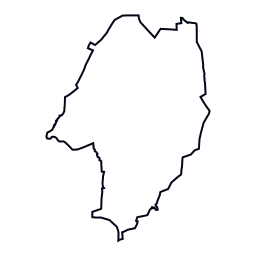 outline of Talata Mafara, Zamfara, Nigeria, rotated 180°
{"feature_id": "59680162B53803782710688", "entity_name": "Talata Mafara", "entity_type": "district", "adm_level": 2, "iso_a3": "NGA", "parent_name": "Nigeria", "parent_adm1": "Zamfara", "projection": "mercator", "projection_center": [6.093, 12.397], "detail": "fine", "context": "isolated", "style": "outline", "palette": "ink", "viewbox_px": 256, "rotation_deg": 180, "n_neighbors": 0, "source": "geoboundaries", "source_scale": "gbopen_adm2", "svg_char_len": 3683}
<svg xmlns="http://www.w3.org/2000/svg" viewBox="0 0 256 256"><g transform="rotate(180 128 128)"><path d="M50.4,162.0L51.0,173.0L51.4,175.2L51.5,177.6L51.8,180.2L51.5,182.4L51.9,183.9L52.3,185.7L52.9,188.5L52.8,190.7L54.3,204.5L59.2,214.0L59.3,229.8L59.7,232.4L61.2,232.9L62.9,233.0L67.6,233.7L67.7,233.4L68.1,233.0L68.4,233.2L68.9,233.6L69.3,233.9L69.6,234.1L70.1,234.6L70.7,235.0L71.1,235.2L71.2,235.3L71.3,235.4L71.4,235.6L71.6,235.7L71.8,235.9L72.0,236.1L72.3,236.3L72.5,236.4L72.5,236.5L72.7,236.8L73.0,237.1L73.2,237.7L73.3,237.8L73.5,237.9L73.6,238.0L74.4,238.1L74.7,238.2L75.1,238.2L74.7,232.8L76.4,232.6L77.6,232.4L79.5,232.1L79.3,226.2L88.6,226.8L93.3,227.0L95.3,227.2L95.6,226.8L96.1,226.2L97.5,224.0L101.3,218.4L107.7,225.2L115.5,233.7L117.1,237.4L117.4,240.6L129.7,240.6L133.5,240.4L141.3,236.1L143.7,232.6L147.6,226.2L149.3,223.0L150.8,221.2L152.9,218.7L154.2,216.9L157.4,214.0L160.9,211.0L165.5,213.5L167.1,210.7L168.1,207.8L163.0,205.6L165.2,201.4L167.8,196.0L170.1,191.6L172.3,185.6L174.5,181.1L176.8,176.5L178.4,173.4L179.9,171.2L178.3,168.0L180.2,166.4L181.8,165.1L183.9,163.5L187.1,161.0L191.0,158.9L191.1,154.2L191.4,149.5L191.6,147.8L191.6,146.1L191.7,145.0L192.5,143.1L193.0,142.1L193.3,141.8L193.5,141.5L193.8,141.4L194.2,141.2L194.4,140.7L195.0,140.4L195.4,140.4L195.8,140.5L196.0,140.5L196.4,140.5L196.6,140.2L196.4,139.9L196.2,140.0L196.1,139.9L197.4,138.0L197.7,137.6L198.3,137.5L198.5,137.2L198.7,136.9L198.8,136.6L198.8,136.2L198.9,135.8L198.9,135.5L199.1,135.5L200.0,135.3L200.1,134.9L199.9,134.7L199.8,134.3L199.8,133.8L200.0,133.3L200.4,132.8L200.6,132.2L201.0,132.0L201.1,131.8L201.1,131.6L200.8,131.3L200.9,131.1L201.3,130.9L201.7,131.0L202.0,130.7L202.2,130.3L202.1,130.1L201.8,129.8L202.0,129.2L203.0,128.1L203.5,126.4L205.9,124.8L208.7,123.4L209.1,121.8L209.6,119.5L208.9,117.5L207.3,117.4L206.5,117.2L205.7,117.3L205.2,117.7L204.0,119.2L201.8,119.2L200.5,118.7L199.5,117.9L199.1,117.1L197.7,115.3L196.8,114.6L194.9,114.5L192.6,114.6L190.9,113.7L187.3,110.3L185.8,108.7L183.5,106.3L178.5,106.5L173.0,108.5L162.8,112.8L162.6,110.9L162.6,110.1L162.3,109.6L162.5,108.7L162.3,108.0L162.1,107.1L161.3,106.6L161.2,104.9L160.3,104.4L159.8,104.0L159.5,103.5L159.3,103.0L158.5,102.4L158.6,101.9L158.8,101.5L159.1,101.1L158.9,100.6L158.6,100.0L158.5,99.3L158.3,98.9L157.6,98.7L157.0,98.6L156.8,98.4L156.6,98.1L156.6,97.6L156.5,95.7L155.3,95.5L154.8,94.9L154.7,91.4L154.2,84.3L151.9,84.2L152.9,79.8L153.5,72.7L153.4,71.3L153.0,69.5L152.0,67.9L154.0,67.6L153.7,64.1L154.5,56.9L154.7,51.0L154.8,47.2L163.7,44.1L163.7,38.8L159.2,38.4L155.2,38.5L146.6,36.0L146.4,35.9L142.7,32.4L139.3,29.4L137.8,25.2L137.5,23.3L137.5,20.3L137.7,15.4L136.0,16.4L133.3,17.1L133.6,21.2L133.8,23.1L133.9,23.7L132.4,24.2L128.1,26.3L121.1,27.8L119.3,31.2L118.7,32.8L118.7,33.4L118.7,33.5L118.4,34.6L119.9,35.1L118.7,38.8L112.0,40.1L108.6,40.9L107.2,43.8L106.3,46.0L105.8,46.4L105.4,47.0L104.9,47.5L104.3,47.6L104.2,47.9L104.1,48.3L103.9,48.9L103.4,48.8L103.0,48.5L102.8,48.2L102.7,48.0L102.2,48.4L101.6,48.4L101.2,47.7L100.6,46.7L100.1,46.1L99.3,46.1L98.8,46.1L98.4,46.2L98.3,46.6L98.6,47.3L98.5,47.7L98.7,48.1L98.8,48.5L99.0,48.9L99.2,49.0L99.3,49.1L99.4,49.3L99.5,49.4L99.6,49.6L99.7,49.8L99.8,50.0L100.0,50.2L100.3,50.6L100.5,51.0L100.4,51.4L99.2,52.5L98.5,55.3L96.4,60.3L95.6,64.0L87.9,67.0L84.6,73.5L77.8,79.4L75.4,81.0L74.7,82.6L74.7,84.2L74.5,86.5L74.0,89.5L73.7,94.8L73.5,98.0L73.1,98.8L71.5,99.2L70.1,99.8L69.2,99.9L68.3,100.5L66.9,100.8L66.0,101.2L64.8,101.7L64.1,102.6L63.0,103.8L62.5,104.3L61.1,105.8L57.1,107.2L56.5,116.8L55.2,122.8L52.4,133.2L47.0,142.4L46.4,145.1L50.0,150.1L53.5,155.6L55.5,159.1L50.4,162.0Z" fill="none" stroke="#020617" stroke-width="2"/></g></svg>